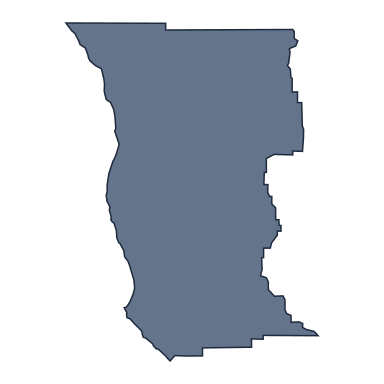 Mendocino, California, United States of America (Albers equal-area conic projection)
{"feature_id": "52423323B12422674135738", "entity_name": "Mendocino", "entity_type": "district", "adm_level": 2, "iso_a3": "USA", "parent_name": "United States of America", "parent_adm1": "California", "projection": "albers", "projection_center": [-123.414, 39.38], "detail": "fine", "context": "isolated", "style": "filled", "palette": "slate", "viewbox_px": 384, "rotation_deg": 0, "n_neighbors": 0, "source": "geoboundaries", "source_scale": "gbopen_adm2", "svg_char_len": 1959}
<svg xmlns="http://www.w3.org/2000/svg" viewBox="0 0 384 384"><path d="M292.7,29.5L165.6,30.0L165.7,23.3L65.9,23.0L71.7,30.7L75.0,33.6L78.5,40.4L80.1,44.6L85.3,48.0L88.2,55.8L88.3,57.4L89.9,60.7L95.3,65.5L101.1,68.6L101.5,69.2L103.9,79.1L104.5,84.4L104.2,90.9L104.9,94.6L105.6,96.8L106.0,98.8L107.0,100.2L110.4,102.2L113.7,109.4L114.9,116.0L115.7,126.5L115.5,129.7L114.7,131.1L118.8,143.2L119.0,145.1L116.4,153.6L115.2,156.9L112.8,161.6L108.8,173.9L107.2,184.7L107.1,192.0L106.2,195.1L106.4,197.2L107.1,201.8L108.1,203.2L109.9,207.1L109.3,210.3L111.0,216.0L111.3,218.2L110.8,219.5L111.9,221.5L114.2,223.5L116.4,230.8L116.8,237.7L118.7,242.7L119.8,243.2L123.7,250.5L124.6,256.3L125.0,257.4L128.0,261.3L129.7,265.9L133.8,279.7L134.6,286.9L134.4,289.5L133.1,294.1L130.1,301.5L127.9,305.1L126.3,307.1L125.4,307.5L124.2,307.7L126.8,312.6L126.5,314.4L127.0,317.7L130.1,318.9L134.9,324.2L140.8,330.0L141.9,331.8L142.4,334.8L143.4,337.3L144.4,337.7L145.3,337.8L152.3,343.5L153.1,344.5L153.4,345.8L156.3,348.9L157.7,348.9L159.4,350.2L165.7,356.0L167.5,358.3L170.1,361.0L174.8,355.6L186.4,356.0L202.5,355.9L202.5,347.9L251.6,347.2L251.5,338.9L263.2,339.2L263.2,335.4L318.1,335.7L314.2,331.4L306.4,329.5L302.6,327.5L302.7,323.5L299.0,321.9L291.1,322.3L291.0,315.4L286.6,313.5L285.0,309.7L285.0,299.8L283.0,295.9L274.3,296.2L268.3,289.5L268.3,282.0L266.4,277.8L260.5,275.7L262.1,269.4L261.6,257.7L263.6,257.6L263.6,248.1L270.3,248.1L271.5,243.0L277.3,235.2L277.2,231.1L281.0,231.1L281.0,225.5L279.1,225.3L278.9,219.7L275.7,219.7L275.6,207.8L271.8,203.9L271.8,196.4L269.5,196.4L267.7,192.4L267.9,184.6L263.9,184.5L264.3,172.3L266.4,172.4L266.3,158.5L274.2,154.4L292.8,154.9L292.8,151.0L302.5,151.4L303.5,137.5L303.6,129.2L302.3,125.9L301.7,102.6L297.5,102.6L297.5,91.9L292.1,92.0L292.2,78.4L290.9,77.4L290.3,69.0L287.4,65.6L288.7,63.0L290.0,52.3L289.4,48.6L295.7,46.0L297.8,40.8L294.2,38.5L294.2,31.3L292.7,29.5Z" fill="#64748b" stroke="#1e293b" stroke-width="1.5"/></svg>